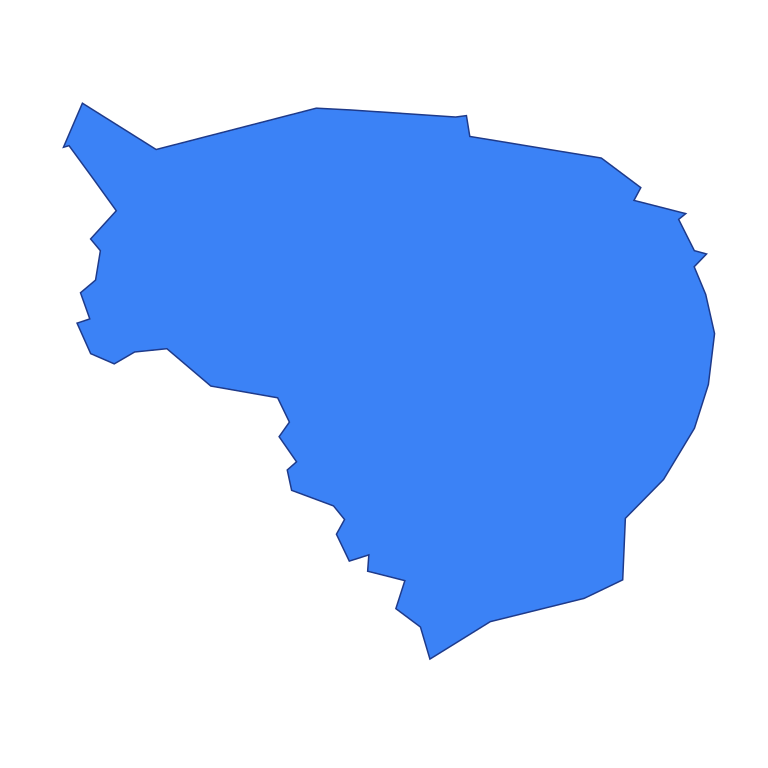 outline of Fentress, Tennessee, United States of America, rotated 92°
{"feature_id": "52423323B70969793356502", "entity_name": "Fentress", "entity_type": "district", "adm_level": 2, "iso_a3": "USA", "parent_name": "United States of America", "parent_adm1": "Tennessee", "projection": "mercator", "projection_center": [-84.916, 36.357], "detail": "fine", "context": "isolated", "style": "filled", "palette": "blue", "viewbox_px": 768, "rotation_deg": 92, "n_neighbors": 0, "source": "geoboundaries", "source_scale": "gbopen_adm2", "svg_char_len": 845}
<svg xmlns="http://www.w3.org/2000/svg" viewBox="0 0 768 768"><g transform="rotate(92 384 384)"><path d="M608.1,364.3L625.6,339.1L657.3,328.5L617.8,269.5L591.2,176.4L571.4,138.6L509.8,138.1L469.7,101.3L417.4,72.2L373.2,59.8L322.1,55.4L283.3,65.6L256.0,78.1L242.8,66.2L239.9,78.5L209.2,95.3L203.2,88.4L191.8,140.6L178.8,134.2L150.6,174.7L133.6,306.9L112.9,311.0L114.7,321.8L111.3,426.4L110.7,461.3L157.6,619.9L113.9,695.2L136.7,704.1L158.6,712.6L156.8,707.1L188.2,682.4L220.2,657.6L249.3,682.3L260.7,672.1L290.2,675.9L303.4,690.5L329.2,680.3L333.9,692.9L363.9,678.2L373.3,654.3L360.7,634.3L356.3,602.2L392.1,557.0L401.5,489.8L425.4,477.2L440.3,487.0L464.8,468.7L473.3,477.7L493.5,472.6L507.6,430.2L520.8,418.7L535.8,426.3L562.2,412.5L555.3,393.2L571.7,393.8L579.8,356.3L608.1,364.3Z" fill="#3b82f6" stroke="#1e3a8a" stroke-width="1.5"/></g></svg>